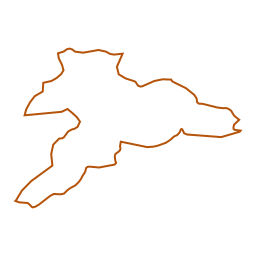 outline of Jura
{"feature_id": "CHE-160", "entity_name": "Jura", "entity_type": "Canton", "adm_level": 1, "iso_a3": "CHE", "parent_name": "Switzerland", "parent_adm1": "", "projection": "orthographic", "projection_center": [7.156, 47.327], "detail": "fine", "context": "isolated", "style": "outline", "palette": "amber", "viewbox_px": 256, "rotation_deg": 0, "n_neighbors": 0, "source": "natural_earth", "source_scale": "10m", "svg_char_len": 1629}
<svg xmlns="http://www.w3.org/2000/svg" viewBox="0 0 256 256"><path d="M69.4,48.6L72.2,49.4L75.0,51.6L83.1,52.7L98.6,50.0L105.9,51.6L110.0,53.9L110.6,54.0L114.1,54.6L122.6,53.7L116.9,66.8L118.7,74.3L125.5,78.4L134.6,81.3L135.9,82.3L136.8,83.9L138.0,85.6L140.4,86.6L142.5,86.2L154.3,81.0L162.6,79.3L171.2,79.6L172.0,81.0L173.0,81.8L186.0,88.2L194.4,95.0L196.6,98.5L197.1,102.2L198.2,103.2L199.1,103.7L202.5,103.8L217.7,107.6L223.7,108.2L226.0,108.0L228.6,108.9L231.2,110.8L234.1,115.7L239.2,119.8L234.1,124.6L233.4,127.7L233.7,129.1L234.8,129.9L240.6,130.6L239.8,131.7L221.2,137.1L187.0,134.5L184.0,133.2L183.4,131.5L182.2,129.3L181.4,129.0L180.6,129.8L180.0,131.8L178.8,133.4L177.1,135.1L174.6,136.2L173.1,137.2L171.8,138.6L169.4,140.5L165.8,142.8L157.8,145.7L153.1,146.7L147.1,147.1L120.8,141.7L120.0,146.5L120.5,148.5L120.0,150.2L118.7,151.6L115.5,153.9L115.0,155.3L114.8,156.3L114.9,157.8L115.4,161.1L116.1,163.0L114.5,164.6L99.1,167.5L89.3,166.6L87.3,167.0L86.0,168.2L85.5,170.8L85.2,171.6L84.7,172.7L82.4,176.1L80.9,179.1L78.7,182.1L75.3,185.4L70.3,188.1L67.4,190.2L64.0,193.6L60.8,194.3L53.7,194.0L50.0,196.0L38.8,204.7L35.3,206.7L32.9,207.4L31.5,206.7L30.5,205.4L27.6,203.0L19.0,202.3L15.4,200.9L16.1,200.3L22.0,190.5L31.2,181.1L52.4,165.6L51.2,154.1L53.2,144.7L59.1,138.6L62.0,138.3L63.6,137.6L68.2,131.5L71.5,129.6L74.7,128.7L77.6,126.8L80.0,121.7L76.8,117.1L72.1,112.8L67.5,109.0L61.7,111.8L24.6,115.3L26.2,109.4L30.1,102.2L34.7,96.2L42.7,91.5L43.3,82.8L47.3,81.9L51.4,81.0L56.5,78.1L61.1,74.2L63.5,70.3L62.0,64.8L58.8,58.4L58.0,53.3L63.8,51.5L66.6,49.4L69.4,48.6Z" fill="none" stroke="#b45309" stroke-width="2"/></svg>